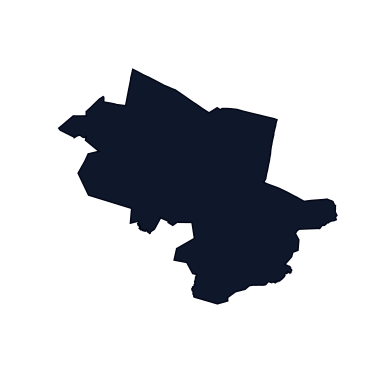 outline of Veclaicenes pag., Aluksne, Latvia, rotated 197°
{"feature_id": "27541924B82346412171752", "entity_name": "Veclaicenes pag.", "entity_type": "district", "adm_level": 2, "iso_a3": "LVA", "parent_name": "Latvia", "parent_adm1": "Aluksne", "projection": "orthographic", "projection_center": [26.921, 57.59], "detail": "fine", "context": "isolated", "style": "filled", "palette": "ink", "viewbox_px": 384, "rotation_deg": 197, "n_neighbors": 0, "source": "geoboundaries", "source_scale": "gbopen_adm2", "svg_char_len": 5468}
<svg xmlns="http://www.w3.org/2000/svg" viewBox="0 0 384 384"><g transform="rotate(197 192 192)"><path d="M50.8,220.9L52.3,221.4L52.7,222.1L52.8,222.1L54.4,224.0L55.9,224.3L58.7,224.4L60.9,224.7L61.4,224.3L66.1,222.4L75.1,218.9L82.1,215.8L83.1,216.0L90.6,217.7L92.9,218.0L99.9,219.4L110.0,221.0L122.3,221.7L126.2,222.2L125.4,226.3L125.8,229.3L125.9,230.3L126.1,231.7L126.2,234.6L127.0,241.6L127.2,244.6L127.7,247.6L128.1,251.2L128.3,252.1L128.8,254.3L129.5,258.5L129.6,259.6L129.6,260.2L129.9,262.2L130.1,264.1L130.2,265.0L130.6,270.9L131.1,272.3L131.5,280.3L131.7,281.4L131.9,283.3L131.9,284.6L131.8,285.9L135.3,286.1L139.2,285.8L159.4,284.6L161.1,284.5L166.7,284.2L173.0,284.1L179.4,282.9L182.3,282.2L187.4,280.7L189.2,278.8L189.9,279.2L192.6,279.9L193.4,278.9L194.2,278.0L198.8,272.7L200.8,273.2L206.5,274.8L213.5,277.1L218.1,278.4L224.6,280.5L227.0,281.3L230.1,282.3L235.9,284.1L237.8,284.7L241.1,284.9L246.1,285.5L249.8,285.8L257.0,287.2L259.0,287.6L266.1,288.9L272.8,289.8L279.2,291.1L284.5,292.0L284.1,287.4L283.8,282.4L283.5,281.9L282.8,275.0L282.7,275.0L282.7,273.8L282.0,267.2L280.7,255.1L284.0,254.5L287.7,253.9L290.3,253.4L290.8,253.6L291.0,253.6L296.3,253.1L302.2,252.3L302.5,252.4L303.0,253.0L303.8,256.1L304.1,256.5L304.2,256.9L304.9,257.2L306.6,255.0L306.9,254.7L307.1,254.6L307.5,254.1L310.8,248.2L313.2,243.8L316.0,239.0L316.7,238.0L315.3,233.8L324.4,231.0L325.4,230.7L327.8,230.0L335.6,217.8L338.1,214.1L336.0,212.6L321.0,210.1L320.5,209.5L319.7,210.5L318.7,211.7L317.6,212.6L316.9,213.1L316.6,213.3L316.1,213.4L315.2,213.4L314.3,213.2L312.7,212.6L312.1,212.5L311.7,212.5L310.9,212.7L310.6,212.9L310.1,213.4L309.4,214.1L309.0,210.4L292.8,203.7L302.4,198.1L303.5,189.8L306.4,176.7L290.0,158.8L281.3,158.8L244.9,158.7L241.8,144.2L235.2,148.2L235.0,147.9L234.5,147.9L234.2,147.7L234.1,146.9L234.2,146.7L234.6,146.2L234.7,145.9L234.2,145.3L233.8,144.5L232.9,144.1L232.7,144.2L232.4,144.9L232.3,145.0L232.2,144.9L232.1,144.0L231.9,143.8L231.8,143.7L231.8,143.4L231.8,143.2L231.7,143.1L231.1,143.5L230.9,143.2L231.0,142.8L231.0,142.7L231.2,142.4L231.7,142.0L231.8,141.9L231.6,141.8L231.3,141.6L230.5,141.7L230.4,141.5L230.3,141.0L230.2,140.9L229.9,141.1L229.4,141.1L229.0,141.1L228.4,140.9L228.2,141.0L228.0,141.3L227.9,141.4L227.7,141.3L227.7,141.1L227.8,140.8L227.7,140.7L227.3,140.7L227.1,140.9L226.9,141.0L226.3,140.9L225.8,140.8L225.5,140.8L225.0,141.1L225.0,141.4L225.1,141.6L225.0,142.4L224.9,142.5L224.6,142.6L224.5,142.4L224.3,142.3L224.2,142.1L224.0,141.9L223.3,141.3L222.8,141.0L222.2,140.7L220.8,140.4L220.3,140.0L220.1,140.2L220.0,140.3L220.1,140.5L219.9,141.8L219.8,142.0L219.5,142.5L218.8,143.4L218.0,144.2L217.6,144.7L217.3,145.2L216.9,146.3L214.5,158.2L205.8,157.1L205.9,155.9L200.6,154.5L197.4,158.8L195.0,159.4L183.1,162.9L176.1,148.3L190.1,133.4L189.2,121.7L176.4,123.1L167.4,114.2L165.2,114.6L165.3,114.5L165.3,114.4L165.2,114.3L164.6,114.6L164.2,114.9L163.8,114.5L163.8,114.3L163.3,114.0L163.5,113.3L163.2,112.5L163.5,112.1L163.7,111.6L163.3,110.4L163.3,110.1L163.3,109.7L163.1,109.1L163.1,108.6L163.1,108.2L163.3,107.4L163.3,107.2L162.9,106.3L162.3,105.6L162.2,105.3L162.2,105.0L162.4,104.8L162.7,104.4L162.8,104.3L162.8,104.1L162.7,103.9L162.4,103.7L162.2,103.3L162.8,102.3L162.9,101.4L163.0,101.2L163.6,101.3L163.6,101.1L163.5,100.9L163.5,100.6L163.3,100.2L163.3,99.9L163.4,99.7L163.7,99.7L163.8,99.6L163.8,99.3L163.7,99.1L163.4,98.9L163.3,98.4L163.1,98.0L162.7,97.8L162.5,97.7L162.4,97.4L162.0,97.3L161.5,97.0L161.4,96.7L161.5,96.5L161.4,95.8L161.4,95.5L161.4,95.1L161.1,94.8L160.3,93.9L160.0,93.4L159.7,92.6L159.2,92.4L159.1,92.2L135.0,92.5L126.0,98.3L127.1,101.5L121.2,109.4L112.8,114.5L109.8,119.2L106.4,120.8L106.5,121.0L105.3,121.1L104.4,121.4L99.8,122.9L97.2,123.6L96.0,124.1L94.9,124.6L94.5,125.0L93.0,128.3L92.7,128.8L92.2,128.8L89.9,128.6L89.4,128.6L89.2,128.7L89.2,128.9L89.1,129.0L88.7,129.4L88.5,129.6L88.4,129.8L88.2,129.9L87.9,130.3L87.3,130.2L87.0,130.0L86.9,129.9L87.0,129.7L86.7,129.7L86.6,129.9L86.3,129.9L86.2,129.8L86.1,130.1L86.0,130.4L86.4,130.5L85.9,130.6L85.7,130.4L85.7,130.5L85.6,130.8L85.4,130.7L85.0,130.9L84.8,130.8L84.7,131.0L84.5,131.4L84.3,131.5L84.2,131.6L84.0,131.4L83.8,131.4L83.8,131.6L83.8,131.9L83.8,132.2L83.8,132.3L83.6,132.4L83.4,132.3L82.7,132.5L82.5,132.4L82.3,132.6L82.2,132.7L82.3,132.8L82.4,133.0L81.8,133.5L81.6,133.7L80.7,134.7L80.6,135.0L80.4,135.6L80.1,135.9L79.8,136.4L79.7,136.9L79.7,137.0L79.3,137.4L79.3,137.5L79.2,137.8L78.9,138.6L78.8,139.2L78.8,139.4L78.9,139.5L79.3,139.6L79.5,140.0L79.5,140.3L79.4,140.8L79.3,141.1L78.3,141.4L77.8,141.8L77.3,142.2L77.3,142.4L77.3,142.6L77.8,143.2L77.8,143.4L77.6,143.7L77.4,143.9L77.1,143.9L75.6,143.2L75.3,143.1L74.5,143.3L74.5,143.5L74.2,143.5L73.9,143.7L73.9,143.9L74.1,144.2L74.2,144.5L73.8,145.8L73.9,146.5L74.0,146.7L74.5,146.9L75.4,147.5L75.5,147.6L75.6,148.4L75.8,148.6L76.8,149.3L76.9,149.2L82.0,149.9L77.8,159.2L78.0,163.9L73.6,167.2L75.9,177.5L81.1,182.6L80.1,185.9L78.7,187.8L60.1,194.3L59.6,194.2L59.4,194.4L59.1,194.8L58.9,195.1L58.7,195.6L58.7,196.0L58.0,197.7L57.7,198.1L57.5,198.3L57.1,198.4L55.9,198.7L55.6,198.9L55.4,199.1L55.0,199.8L54.4,200.7L53.7,202.1L53.6,202.3L52.9,202.3L52.6,202.4L52.5,202.6L52.4,203.0L52.2,203.2L50.9,204.5L50.2,205.0L47.6,206.3L46.7,207.1L45.9,207.8L46.0,208.0L47.0,208.7L47.1,208.8L47.1,209.4L47.4,210.0L47.4,210.5L46.7,211.6L46.7,211.8L46.6,212.0L46.8,212.2L47.5,212.9L49.3,214.9L49.6,216.0L50.1,218.3L50.6,219.6L50.8,220.9Z" fill="#0f172a" stroke="#020617" stroke-width="1.5"/></g></svg>